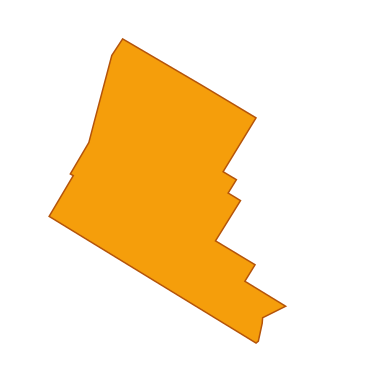 the district of Morgan, Illinois, United States of America, rotated 211°
{"feature_id": "52423323B44422856436283", "entity_name": "Morgan", "entity_type": "district", "adm_level": 2, "iso_a3": "USA", "parent_name": "United States of America", "parent_adm1": "Illinois", "projection": "equal_earth", "projection_center": [-90.262, 39.698], "detail": "fine", "context": "isolated", "style": "filled", "palette": "amber", "viewbox_px": 384, "rotation_deg": 211, "n_neighbors": 0, "source": "geoboundaries", "source_scale": "gbopen_adm2", "svg_char_len": 427}
<svg xmlns="http://www.w3.org/2000/svg" viewBox="0 0 384 384"><g transform="rotate(211 192 192)"><path d="M330.3,287.5L331.1,267.8L311.7,201.0L305.9,181.3L305.6,144.8L302.2,144.9L301.9,97.5L59.3,95.5L58.3,98.3L64.2,115.6L66.7,120.6L52.9,142.3L100.7,142.7L100.5,162.1L146.7,162.2L146.0,209.6L160.5,209.7L160.3,225.4L175.8,225.4L175.3,288.5L236.4,288.5L330.3,287.5Z" fill="#f59e0b" stroke="#b45309" stroke-width="1.5"/></g></svg>